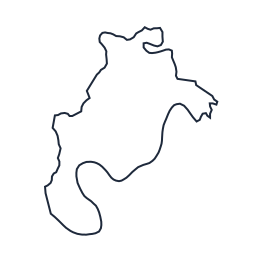 outline of Mondaí, Santa Catarina, Brazil, rotated 350°
{"feature_id": "56859067B51062608837319", "entity_name": "Mondaí", "entity_type": "district", "adm_level": 2, "iso_a3": "BRA", "parent_name": "Brazil", "parent_adm1": "Santa Catarina", "projection": "natural_earth1", "projection_center": [-53.44, -27.106], "detail": "fine", "context": "isolated", "style": "outline", "palette": "slate", "viewbox_px": 256, "rotation_deg": 350, "n_neighbors": 0, "source": "geoboundaries", "source_scale": "gbopen_adm2", "svg_char_len": 2362}
<svg xmlns="http://www.w3.org/2000/svg" viewBox="0 0 256 256"><g transform="rotate(350 128 128)"><path d="M216.6,111.1L202.6,97.6L202.5,93.8L185.3,88.2L184.3,84.9L185.5,81.0L185.6,76.4L185.1,73.2L184.4,70.1L183.5,66.0L184.4,62.3L184.6,59.4L181.9,57.7L179.0,57.4L176.5,57.8L173.7,58.2L170.7,58.5L168.1,58.6L164.7,58.4L162.0,57.7L159.5,55.1L157.4,51.4L158.1,47.3L161.2,47.3L164.2,49.0L167.9,51.3L171.2,52.7L174.8,52.0L177.3,49.0L177.8,43.9L178.6,39.5L176.9,35.0L173.7,34.8L170.7,34.3L167.3,35.1L164.7,33.8L162.0,31.7L158.6,34.3L154.9,35.4L152.5,36.3L149.4,39.6L145.4,41.1L142.2,41.0L139.5,37.9L136.0,36.3L132.3,35.4L129.7,33.2L127.2,31.7L124.5,30.9L122.0,29.9L119.3,29.9L116.6,32.0L115.3,34.9L115.1,38.4L116.8,41.0L118.9,44.8L120.0,48.7L119.2,51.8L118.9,56.5L118.4,60.9L115.4,64.5L111.4,66.1L109.3,68.3L106.6,70.0L93.9,84.3L94.6,87.6L95.4,91.8L91.9,93.5L88.4,96.0L86.0,99.2L84.8,103.5L75.2,106.5L72.5,106.0L71.2,103.6L68.3,102.2L64.5,102.0L61.3,103.1L58.2,102.9L53.8,114.8L56.2,118.8L57.3,123.5L57.3,128.0L57.0,132.0L58.1,136.3L55.7,141.9L53.7,145.4L54.6,149.1L53.9,152.9L51.7,155.9L49.6,159.1L47.0,159.9L44.7,162.5L43.9,166.1L42.2,168.7L38.9,170.6L36.1,171.4L35.5,177.9L37.1,199.0L40.5,203.0L43.7,207.3L47.5,212.7L49.7,215.6L53.4,219.3L55.9,221.2L59.7,223.4L63.9,224.9L68.4,225.8L71.9,225.9L74.4,226.1L77.7,226.0L81.5,224.9L83.9,222.0L84.9,219.0L85.4,215.7L85.3,210.6L84.9,206.1L84.1,202.3L82.9,198.9L81.0,196.5L79.0,193.7L75.3,190.0L73.2,187.4L71.8,184.1L70.4,179.7L69.5,176.2L68.8,173.3L68.8,170.3L68.8,166.6L69.4,163.1L70.5,159.6L73.5,156.3L77.5,154.8L81.1,154.2L85.6,154.8L88.8,155.9L91.0,157.1L93.5,159.0L95.9,161.7L98.6,165.7L100.0,168.1L101.5,171.3L103.0,174.1L104.8,176.2L107.0,177.7L109.9,178.8L112.5,178.7L114.8,177.9L117.8,176.7L121.0,174.7L124.6,172.1L128.0,170.1L131.2,168.3L136.7,167.0L140.3,166.6L143.0,166.2L146.4,164.6L148.9,162.9L150.9,160.8L153.8,157.5L155.4,154.9L156.9,152.1L158.3,149.3L159.2,146.5L160.2,142.1L161.2,138.0L162.2,134.9L163.6,131.3L165.5,128.2L167.1,125.8L169.9,121.3L172.1,118.2L174.8,115.4L177.4,113.5L179.9,113.0L183.4,113.1L187.1,115.8L189.9,120.3L191.7,124.2L193.8,128.6L196.7,133.5L200.1,132.4L201.7,129.7L204.0,126.9L207.3,126.9L208.3,129.7L210.6,132.1L211.3,128.2L213.6,124.7L212.6,121.1L212.8,118.0L215.7,118.5L219.1,120.3L220.5,117.6L217.8,114.9L216.6,111.1Z" fill="none" stroke="#1e293b" stroke-width="2"/></g></svg>